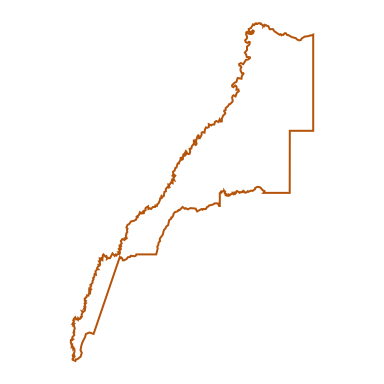 the district of San Diego, Cesar, Colombia
{"feature_id": "7082276B78047797507683", "entity_name": "San Diego", "entity_type": "district", "adm_level": 2, "iso_a3": "COL", "parent_name": "Colombia", "parent_adm1": "Cesar", "projection": "equal_earth", "projection_center": [-73.366, 10.112], "detail": "fine", "context": "isolated", "style": "outline", "palette": "amber", "viewbox_px": 384, "rotation_deg": 0, "n_neighbors": 0, "source": "geoboundaries", "source_scale": "gbopen_adm2", "svg_char_len": 5901}
<svg xmlns="http://www.w3.org/2000/svg" viewBox="0 0 384 384"><path d="M253.0,24.4L251.1,27.9L248.7,29.1L249.1,31.3L250.8,32.4L252.7,30.4L253.4,30.6L253.8,31.2L253.3,32.6L252.6,33.6L251.0,34.1L248.4,33.6L247.2,31.9L246.3,32.3L246.1,34.4L247.2,37.1L246.7,38.7L245.1,40.3L245.7,42.0L247.2,42.9L249.0,41.8L249.8,42.2L249.4,44.5L247.0,46.6L247.0,50.0L244.8,52.6L246.1,54.5L246.7,56.9L249.8,57.2L250.0,57.9L248.4,59.4L245.9,59.9L243.2,64.2L240.8,63.1L239.1,64.1L239.4,65.6L240.7,66.1L241.4,67.2L240.5,68.8L240.5,70.4L241.8,73.1L243.2,73.1L243.5,73.8L241.9,75.7L241.5,78.7L237.7,78.0L236.3,82.1L234.5,82.7L232.1,85.2L232.2,86.5L233.3,87.2L235.3,85.5L236.0,86.0L236.7,87.1L236.5,89.8L238.4,89.5L238.8,91.3L236.8,92.8L235.5,96.4L233.7,95.3L232.7,95.9L232.1,97.8L232.7,100.4L232.5,101.7L230.2,104.0L229.0,104.3L228.1,106.1L225.7,108.0L225.6,110.1L224.3,110.5L224.2,111.5L225.1,112.5L225.2,113.7L223.1,115.6L221.9,118.6L221.8,121.4L221.0,121.6L219.7,119.3L218.6,122.1L216.4,121.0L215.0,121.8L214.3,124.5L212.4,124.5L211.3,125.4L208.8,124.2L208.9,126.9L207.4,127.8L205.9,127.4L204.9,129.7L204.5,132.7L202.6,132.1L201.7,132.6L201.5,135.1L199.9,138.1L199.0,138.3L198.5,136.8L198.7,135.6L198.3,135.3L197.4,136.4L196.4,139.9L193.8,140.5L193.9,142.6L196.1,141.8L196.6,143.6L196.3,144.5L195.6,145.0L193.9,143.7L191.9,146.1L191.3,148.6L189.6,148.8L190.2,151.8L189.6,153.8L188.4,154.1L187.4,153.3L186.0,154.3L185.8,153.7L186.6,152.1L185.9,151.1L185.0,152.9L185.3,155.4L184.3,155.8L183.7,154.3L183.2,154.8L182.8,159.3L181.9,159.6L181.1,157.7L180.6,157.9L180.4,160.5L179.4,161.5L179.0,163.4L177.7,163.4L176.4,167.6L175.3,168.0L174.6,170.6L173.0,171.8L173.3,174.3L172.5,175.7L173.2,176.0L174.4,174.9L175.3,175.7L173.3,178.0L174.3,180.3L172.2,179.5L171.8,180.4L172.7,182.1L172.6,183.2L171.0,182.4L169.6,184.6L168.4,184.5L169.5,187.2L168.6,187.6L167.6,186.9L165.8,189.0L165.9,191.3L164.4,191.9L163.8,196.1L162.5,196.8L161.5,195.9L161.2,196.9L161.5,198.2L160.1,198.4L160.0,199.9L158.5,203.4L157.3,204.2L156.9,206.0L155.4,205.5L155.0,207.0L153.0,206.9L151.0,209.0L149.8,208.3L148.4,209.0L148.1,206.4L145.8,207.8L145.4,208.5L145.6,210.2L144.1,211.2L143.8,213.2L143.0,213.3L142.9,211.7L141.1,213.5L139.9,212.3L138.9,215.0L136.9,216.5L137.7,217.1L136.5,218.0L136.1,219.6L134.0,220.8L131.0,221.4L129.3,223.9L127.6,224.8L126.4,227.5L127.5,228.6L127.0,229.8L127.3,232.2L126.3,233.3L126.4,234.4L125.8,235.6L126.7,238.3L125.6,239.0L125.5,238.1L124.5,238.3L124.3,239.9L122.3,239.1L120.9,241.0L121.7,243.4L120.4,244.7L121.2,246.2L120.8,246.7L119.6,246.2L119.9,248.0L118.8,249.0L119.6,249.7L120.6,248.3L120.9,249.1L119.4,250.3L119.8,251.7L118.4,252.1L119.8,253.2L119.6,253.9L117.2,254.3L116.4,255.4L115.7,254.6L114.7,255.9L112.5,253.4L110.0,258.2L108.0,258.0L107.0,258.8L107.2,257.4L106.5,257.2L106.3,256.1L105.3,256.5L103.5,254.4L102.8,255.2L102.7,257.4L101.4,258.0L101.7,258.8L102.5,258.7L102.4,260.2L99.8,258.7L100.1,261.0L99.0,261.3L100.0,262.8L100.0,264.2L98.7,264.6L99.5,265.6L98.0,266.4L97.1,268.2L98.1,269.2L97.2,269.2L95.5,271.3L95.9,274.6L94.6,274.1L94.2,277.0L93.1,278.0L93.6,279.2L92.5,281.1L92.5,282.9L90.4,285.0L91.2,285.8L90.4,287.1L90.5,288.3L89.4,288.4L89.9,289.6L90.8,289.7L90.2,290.4L89.2,290.1L89.2,291.4L90.2,291.4L90.1,293.2L89.2,292.8L88.4,295.6L87.1,295.3L86.5,297.1L85.7,297.5L85.4,298.6L84.7,298.7L84.8,300.8L85.8,301.0L84.8,303.2L85.8,303.4L85.0,304.4L84.9,306.0L84.3,306.4L84.7,307.4L84.3,308.2L85.2,307.7L84.8,310.7L83.4,311.8L82.2,311.4L82.7,312.2L81.6,314.5L81.9,316.3L81.3,317.5L80.7,317.2L80.2,318.7L78.9,319.2L78.2,318.3L77.9,319.8L76.9,318.8L76.1,319.3L75.2,317.3L73.9,318.8L73.9,319.9L73.2,320.3L73.9,321.6L73.0,323.0L74.0,323.5L72.8,324.2L73.7,324.6L73.1,325.7L74.0,325.9L74.8,328.3L73.9,331.0L74.3,332.0L73.5,332.5L74.3,335.0L72.4,337.1L72.1,338.8L73.1,339.3L71.7,340.4L70.9,340.2L70.8,342.3L71.5,344.7L72.1,344.5L71.7,347.2L72.8,346.8L73.0,348.0L73.5,346.6L73.5,348.7L74.4,349.0L74.5,352.0L72.8,355.4L73.3,356.2L74.3,355.4L74.6,356.6L74.0,357.1L73.1,356.8L73.5,358.0L72.5,359.0L72.7,359.8L75.4,361.0L75.9,359.4L77.4,359.2L80.6,356.7L81.8,352.8L80.5,350.2L81.4,345.5L82.4,342.4L85.1,337.0L85.9,334.0L89.4,332.5L93.6,333.9L119.8,257.0L120.5,258.0L121.1,257.5L122.2,258.4L122.8,260.3L123.8,260.4L126.5,259.1L127.9,257.2L130.1,257.0L130.7,255.8L134.7,256.2L135.8,255.7L136.3,254.4L156.2,254.4L157.7,248.7L157.3,246.6L158.3,245.1L158.6,242.6L160.1,241.0L159.7,240.0L160.0,238.4L162.8,234.6L163.9,230.0L165.4,228.5L166.3,226.5L168.1,225.2L169.2,220.1L171.2,218.7L171.2,217.5L172.2,217.3L173.3,215.4L173.4,214.1L174.8,212.2L177.8,211.2L178.5,210.0L179.4,210.2L182.6,207.0L184.9,208.8L185.8,208.2L187.7,209.3L190.7,208.1L195.6,208.6L197.1,211.4L201.7,209.0L202.6,209.7L203.2,209.0L205.8,209.1L207.2,206.9L208.4,206.5L209.0,205.5L212.8,204.6L214.9,203.3L217.9,203.4L219.1,206.0L219.8,206.0L219.8,192.5L220.0,193.0L221.0,191.7L221.4,192.5L222.7,191.2L223.9,191.4L224.0,190.7L224.5,191.7L225.1,191.7L224.8,193.4L225.5,193.7L225.6,194.8L226.4,194.5L226.6,195.6L228.5,195.8L228.6,194.5L229.9,195.2L230.4,194.4L232.2,193.9L232.4,193.0L233.6,194.1L233.9,193.4L234.5,193.7L234.5,192.9L235.4,193.5L236.0,193.0L235.8,192.1L237.0,191.0L239.6,192.8L239.9,192.1L241.6,192.2L242.9,191.0L243.2,191.9L244.1,191.4L245.2,192.7L246.7,192.3L247.8,191.2L248.4,191.8L251.1,190.6L252.6,190.9L255.0,189.2L255.2,188.0L257.5,186.8L260.1,187.3L263.0,190.5L264.4,190.9L264.6,191.7L263.5,192.9L289.7,192.9L289.8,130.8L313.2,130.8L313.2,34.6L311.0,35.6L310.3,35.3L308.7,36.1L304.7,36.6L301.7,38.5L301.0,39.9L299.2,40.4L296.9,39.4L295.8,38.1L292.0,37.2L288.2,35.0L287.2,35.1L285.7,33.2L284.6,33.3L283.2,35.0L281.6,34.6L281.3,35.1L280.3,34.2L279.5,34.7L274.4,31.3L272.9,29.1L269.7,29.2L268.3,26.1L266.5,25.7L266.0,25.1L264.8,25.1L264.5,25.8L264.1,25.3L263.5,26.0L263.6,25.4L263.0,25.8L260.9,23.5L260.5,23.9L258.9,23.0L257.3,24.0L255.7,24.1L255.8,23.4L255.3,23.5L254.1,25.1L253.0,24.4Z" fill="none" stroke="#b45309" stroke-width="2"/></svg>